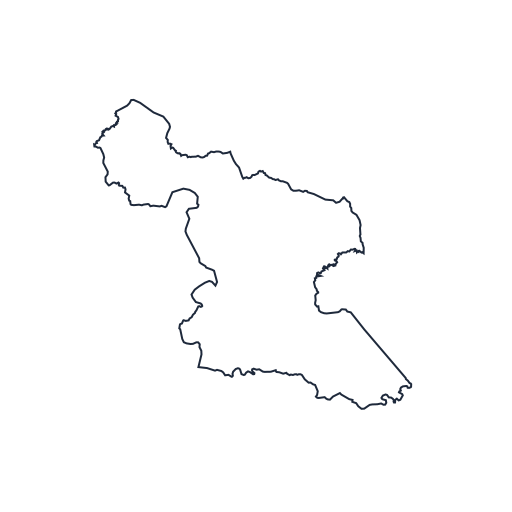 the district of Folon, Denguélé, Ivory Coast, rotated 238°
{"feature_id": "98640826B69523806833990", "entity_name": "Folon", "entity_type": "district", "adm_level": 2, "iso_a3": "CIV", "parent_name": "Ivory Coast", "parent_adm1": "Denguélé", "projection": "robinson", "projection_center": [-7.378, 10.084], "detail": "fine", "context": "isolated", "style": "outline", "palette": "slate", "viewbox_px": 512, "rotation_deg": 238, "n_neighbors": 0, "source": "geoboundaries", "source_scale": "gbopen_adm2", "svg_char_len": 6107}
<svg xmlns="http://www.w3.org/2000/svg" viewBox="0 0 512 512"><g transform="rotate(238 256 256)"><path d="M434.5,177.0L433.5,178.3L431.6,179.3L430.9,180.8L430.0,181.3L423.3,180.5L420.0,179.4L417.9,177.2L415.8,175.8L406.1,175.0L403.9,173.4L402.6,170.1L398.7,167.9L393.9,168.5L393.6,169.3L394.0,173.6L393.2,175.0L391.4,176.0L391.2,178.3L390.3,178.5L389.1,177.3L388.1,177.3L386.3,179.8L384.3,179.7L383.5,181.1L381.7,180.7L379.3,178.6L374.4,180.5L372.1,178.4L370.1,177.8L369.2,178.4L366.5,177.1L365.5,177.3L363.8,179.4L361.5,184.0L359.5,186.1L359.2,187.8L357.3,192.0L356.4,192.6L354.2,192.8L353.1,195.6L349.0,200.7L348.6,202.5L345.6,204.8L345.6,206.4L354.4,218.9L351.6,230.1L347.3,234.7L341.9,237.5L337.1,238.0L331.6,233.8L329.9,234.3L328.6,233.0L328.3,231.2L331.6,224.1L329.9,220.3L322.9,219.2L316.4,211.0L314.2,209.2L310.6,208.5L284.2,206.6L281.0,204.9L279.2,205.2L274.3,207.7L272.6,207.6L267.6,211.5L265.7,212.6L254.6,209.2L252.4,205.9L257.4,205.0L259.6,203.1L260.4,198.6L260.4,191.7L259.9,186.2L257.5,180.9L254.3,180.2L248.8,180.6L245.1,183.9L243.6,184.3L242.1,183.9L241.9,183.3L242.1,182.2L243.5,181.3L243.8,180.3L241.4,176.5L240.9,174.9L240.1,174.2L239.6,171.4L238.2,169.0L238.2,166.6L237.1,164.7L238.2,162.0L239.9,160.6L239.9,160.1L238.0,157.4L238.4,155.7L238.2,155.2L235.3,152.6L234.0,152.9L224.7,149.5L221.1,149.1L218.7,150.8L216.1,153.8L214.9,156.0L214.4,159.7L213.4,161.2L211.0,161.5L208.7,159.8L204.6,159.4L201.4,157.6L192.3,148.3L186.9,155.1L180.5,160.5L180.1,162.6L176.8,165.7L174.7,166.5L171.2,166.6L169.8,169.7L166.5,171.3L166.3,171.8L166.7,172.9L168.6,173.7L170.0,175.3L170.9,178.9L170.4,181.2L169.2,182.2L168.0,182.3L163.5,181.1L161.5,182.6L161.3,183.7L162.3,185.8L162.4,188.1L160.7,189.4L157.2,190.9L156.8,191.9L157.5,192.6L159.9,191.9L161.1,192.0L161.9,192.7L161.7,194.3L159.3,196.2L158.2,198.7L154.4,200.5L153.3,201.7L150.0,207.2L148.7,212.2L147.7,211.8L146.8,211.9L145.1,214.1L141.8,216.7L140.8,219.9L139.8,219.9L137.1,221.4L137.0,222.7L135.5,224.3L135.2,226.0L134.4,227.5L133.4,228.0L133.0,229.7L132.1,231.1L130.7,231.9L125.6,232.0L120.7,233.5L119.8,235.2L116.9,236.4L115.3,237.8L108.6,236.7L105.8,234.2L105.0,232.3L103.3,232.8L102.4,233.9L99.9,239.4L97.7,240.0L96.3,240.9L95.0,242.6L96.0,246.8L95.3,254.5L93.3,254.9L85.2,259.2L82.8,261.6L81.3,260.4L78.1,263.0L74.4,263.1L70.5,264.5L69.2,266.9L69.5,273.5L68.5,276.0L66.0,280.3L64.6,284.0L62.3,285.3L61.5,286.8L62.5,288.7L64.9,289.7L67.3,287.5L68.2,287.1L69.2,287.2L70.4,289.6L69.9,292.5L68.7,293.5L65.7,293.7L64.3,295.6L62.3,296.4L60.3,296.4L59.6,295.5L58.6,295.4L58.1,296.3L60.2,297.8L60.4,299.8L57.9,300.5L57.6,302.2L60.0,306.6L61.4,306.8L64.6,305.0L65.2,305.8L65.1,307.5L66.7,307.8L67.6,309.2L67.6,311.5L66.1,314.6L65.3,315.2L63.9,314.8L63.0,316.0L62.7,317.7L62.9,318.2L65.1,319.7L66.0,319.6L66.8,318.9L69.8,318.7L72.2,317.9L73.2,318.3L136.3,308.9L158.0,306.5L160.5,304.0L163.0,303.8L165.2,300.8L165.4,300.1L164.7,297.7L164.9,295.8L169.8,285.5L171.4,283.4L174.0,281.3L176.3,280.5L180.3,282.2L180.7,281.0L183.5,280.5L184.8,281.2L186.9,283.2L191.1,285.3L191.9,287.2L191.9,289.3L192.4,289.6L194.3,289.2L195.6,289.8L198.2,289.6L203.2,291.3L204.0,293.4L205.9,294.1L205.5,295.5L206.6,296.1L207.1,296.9L206.0,297.6L204.9,300.2L207.5,298.3L208.4,298.2L209.2,298.9L209.0,300.2L207.4,301.2L207.1,301.8L208.2,303.3L207.7,306.4L210.0,306.2L211.2,308.2L210.8,308.8L210.0,308.9L209.2,307.7L208.8,308.4L209.2,309.3L207.6,309.9L208.9,310.5L208.6,311.8L209.7,312.1L210.2,313.2L210.0,313.8L208.7,313.6L208.9,314.4L208.4,315.5L206.4,316.4L206.3,316.8L207.4,316.1L208.0,316.7L207.8,317.6L206.3,318.3L206.3,318.8L207.1,319.5L207.7,321.5L209.0,321.5L210.5,320.5L211.1,320.8L211.1,321.3L210.4,321.9L210.7,323.1L211.7,324.0L211.8,325.7L212.5,326.4L214.3,326.5L214.5,327.6L213.3,328.9L212.5,329.0L213.2,331.1L211.2,334.4L211.5,336.4L210.4,337.5L211.2,339.9L210.2,341.2L209.8,343.5L209.4,343.9L208.5,343.8L207.8,342.5L207.4,344.2L205.6,343.5L205.9,344.7L205.2,345.1L205.9,345.8L205.7,346.4L203.2,347.2L202.8,347.5L202.9,348.1L201.3,348.7L205.9,351.7L209.4,352.6L210.6,353.3L212.9,352.7L216.1,354.3L217.7,354.5L218.4,355.0L218.8,355.9L224.6,359.0L226.8,361.1L231.5,362.8L237.7,363.0L241.7,361.0L243.7,360.8L246.2,362.2L248.0,362.0L250.4,363.5L252.3,363.7L254.0,362.5L259.2,361.8L259.4,360.8L258.6,360.2L258.8,359.5L257.7,355.6L258.7,352.1L262.3,351.0L267.1,344.7L277.9,337.9L282.7,333.6L284.2,333.6L285.4,332.0L285.4,330.0L288.9,327.4L289.9,325.0L291.5,322.3L293.9,321.1L300.2,321.5L301.6,321.1L305.2,318.3L306.1,316.8L308.0,315.5L309.4,315.3L310.1,312.8L311.4,312.1L312.3,311.0L314.2,310.2L315.5,308.7L318.7,307.8L319.6,307.0L321.4,307.6L322.3,306.6L324.5,306.7L324.9,305.0L326.1,304.5L326.2,303.8L326.1,302.7L325.0,301.4L325.4,297.7L326.3,296.5L326.5,295.5L325.6,294.2L325.3,292.4L326.0,290.7L327.8,289.8L327.9,288.6L328.4,287.7L328.3,286.2L330.5,286.3L340.0,288.5L344.5,287.7L348.6,287.7L356.4,288.8L358.1,289.4L358.7,286.3L360.5,282.2L363.0,281.1L364.2,279.9L365.7,277.6L366.3,275.4L368.3,273.2L368.0,270.7L368.3,269.6L367.0,267.7L367.7,266.3L367.4,264.7L367.8,263.0L368.9,261.5L371.7,259.9L372.1,257.7L374.3,253.9L374.4,253.1L375.4,252.3L375.9,250.5L378.2,250.7L379.2,249.9L380.7,246.7L380.6,245.6L382.7,246.0L383.5,245.2L383.8,245.4L384.6,244.0L386.3,243.2L387.3,243.3L387.7,243.8L388.7,243.3L391.6,243.1L392.4,242.4L392.3,240.8L394.6,241.8L395.6,243.5L396.8,242.7L397.6,241.1L399.5,241.5L401.2,242.7L403.8,242.3L407.2,245.9L409.8,250.1L411.1,251.5L414.1,252.4L423.3,251.3L432.0,245.2L447.3,238.9L453.2,235.0L454.4,232.8L452.6,229.6L451.8,226.4L452.7,213.9L452.0,213.5L451.5,212.3L450.5,212.7L449.4,211.3L447.1,212.6L445.1,212.1L444.7,211.2L443.4,210.4L443.6,209.3L442.4,208.9L442.9,207.7L442.4,207.1L441.6,207.3L441.5,206.2L442.2,204.9L441.0,204.2L442.1,203.5L442.4,201.8L441.4,199.4L441.3,198.4L441.4,197.8L442.2,198.0L443.2,197.0L443.2,196.2L442.5,196.2L442.7,195.3L442.4,193.9L442.9,193.8L443.1,193.2L442.7,191.7L441.6,192.2L441.4,190.6L440.9,190.3L438.9,190.6L439.7,189.0L439.1,188.1L439.2,186.9L437.3,184.2L437.8,181.9L437.6,181.3L436.1,181.0L436.5,179.7L435.5,177.9L436.0,177.7L434.5,177.0Z" fill="none" stroke="#1e293b" stroke-width="2"/></g></svg>